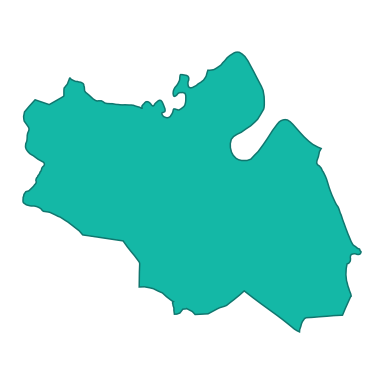 outline of Kota Pangkal Pinang, Bangka-Belitung, Indonesia
{"feature_id": "22746128B92282941938888", "entity_name": "Kota Pangkal Pinang", "entity_type": "district", "adm_level": 2, "iso_a3": "IDN", "parent_name": "Indonesia", "parent_adm1": "Bangka-Belitung", "projection": "robinson", "projection_center": [106.108, -2.109], "detail": "fine", "context": "isolated", "style": "filled", "palette": "teal", "viewbox_px": 384, "rotation_deg": 0, "n_neighbors": 0, "source": "geoboundaries", "source_scale": "gbopen_adm2", "svg_char_len": 5836}
<svg xmlns="http://www.w3.org/2000/svg" viewBox="0 0 384 384"><path d="M139.2,287.0L144.4,286.8L149.8,287.8L153.4,288.7L158.2,291.1L162.4,292.9L166.5,296.7L172.0,300.9L173.4,301.7L172.9,302.0L172.7,302.3L172.6,302.7L172.5,303.0L172.8,303.7L173.1,305.7L173.9,307.9L173.9,310.5L174.4,314.2L176.9,314.1L179.9,313.0L182.8,309.2L186.6,308.8L186.7,308.6L192.3,311.5L195.1,314.5L208.1,313.8L217.4,308.8L219.7,307.7L224.4,306.3L226.6,305.4L229.7,302.9L233.6,299.9L239.5,295.1L244.2,290.9L253.5,298.1L261.0,303.7L277.1,315.4L282.8,319.7L289.7,325.2L294.4,329.1L297.0,330.7L299.5,331.9L299.7,329.5L300.7,326.7L301.5,323.7L302.4,321.6L304.6,318.5L306.3,317.7L312.3,317.4L318.9,316.8L327.4,316.2L333.8,315.6L342.5,315.2L345.2,308.7L350.1,297.8L350.9,296.2L351.2,296.1L350.7,293.8L349.4,290.5L348.7,288.1L348.1,286.6L347.4,284.0L347.4,283.7L346.5,280.6L345.9,274.7L346.2,268.6L347.0,264.1L347.3,263.7L348.5,263.4L349.2,262.7L350.1,261.4L350.4,260.3L350.5,258.5L350.3,258.0L350.5,255.8L351.3,254.5L351.5,254.4L352.4,254.1L353.6,253.8L354.6,253.7L356.1,254.0L357.0,254.4L358.5,254.5L359.8,254.2L360.5,253.3L360.9,252.7L361.0,251.6L360.0,250.6L359.7,249.3L359.2,248.9L357.3,248.3L357.3,248.1L357.5,248.1L357.1,247.9L355.4,246.5L354.2,245.8L352.9,244.7L352.1,243.3L351.1,241.5L350.0,238.8L347.9,233.8L346.7,230.6L345.7,228.0L344.1,223.5L343.8,222.8L342.8,220.1L341.2,215.1L340.2,212.9L339.7,211.3L338.8,208.6L338.3,207.4L337.8,206.5L336.8,205.2L335.9,203.7L334.8,201.5L332.0,195.3L330.5,191.4L329.1,187.5L328.0,183.8L327.2,181.2L326.5,179.0L325.4,176.3L323.3,172.0L322.4,170.8L321.6,168.9L321.0,167.8L320.4,167.2L320.1,166.8L319.3,165.9L318.4,165.4L317.7,164.8L317.3,164.1L316.8,163.6L316.7,163.4L316.9,160.8L318.4,156.6L319.2,152.8L319.2,152.7L319.4,151.7L321.2,148.5L318.0,147.2L312.8,144.4L308.7,141.2L304.1,136.9L300.3,132.8L292.9,124.4L290.1,121.7L287.5,120.0L285.2,119.6L283.1,119.9L281.0,120.7L279.2,121.9L277.2,124.2L272.6,130.4L267.5,138.4L263.4,144.4L258.1,151.6L254.6,155.1L250.8,159.2L247.1,160.5L241.6,160.5L238.5,159.7L236.0,158.3L233.2,155.3L231.5,152.2L230.4,147.8L230.3,143.6L231.3,139.3L233.6,136.5L237.2,134.2L241.2,132.3L246.0,128.9L250.7,125.8L254.8,122.1L257.6,119.3L260.5,114.6L263.7,109.1L264.1,107.2L264.3,104.8L264.3,101.2L264.1,96.5L263.1,90.5L261.4,86.4L256.5,77.1L253.7,71.6L251.1,66.8L248.0,61.0L244.9,56.5L242.1,54.0L239.3,52.3L237.4,52.1L235.6,52.3L234.2,52.8L232.3,54.0L229.9,55.5L227.2,57.7L224.6,60.9L222.7,62.8L221.2,64.8L220.2,65.6L218.3,66.9L216.5,68.1L213.9,69.6L212.3,69.9L209.4,70.3L207.9,70.2L207.2,72.3L206.1,76.3L204.8,78.3L203.5,80.2L202.0,81.3L200.8,82.3L198.1,83.9L196.2,85.6L193.4,87.0L192.5,87.5L191.6,87.7L190.5,87.9L189.4,87.4L188.5,86.7L188.1,85.2L187.9,83.5L188.1,81.4L188.7,80.1L188.8,78.4L188.6,77.3L187.9,76.2L186.5,75.4L182.1,74.6L180.5,74.6L180.1,75.4L179.8,77.5L179.7,79.3L179.4,80.6L178.0,83.5L177.3,84.6L176.6,85.6L175.0,87.4L174.3,88.6L173.4,90.8L173.2,92.2L173.1,93.6L173.4,95.3L173.8,96.1L174.5,96.4L175.5,96.0L176.8,95.0L177.5,94.0L178.6,93.0L180.1,92.6L181.5,92.6L182.8,92.5L183.9,92.9L184.9,93.3L185.4,94.3L185.8,95.9L185.8,98.6L185.8,99.6L185.6,102.1L185.0,104.7L184.0,106.5L182.7,107.5L181.0,108.8L179.2,109.9L177.9,110.0L176.9,109.5L176.1,109.4L175.2,109.0L173.9,108.9L173.4,109.5L173.1,110.7L172.8,112.0L172.2,113.4L171.6,114.4L170.9,115.4L170.4,116.4L169.7,116.9L168.6,117.5L167.1,117.8L165.8,117.5L164.5,117.0L163.5,116.5L162.7,115.5L162.1,114.6L161.8,113.3L162.3,112.6L163.3,112.4L164.8,111.6L165.1,110.6L165.0,108.9L163.3,104.4L162.2,102.0L161.4,101.0L160.9,100.5L160.1,100.3L159.3,100.3L158.1,100.9L155.8,102.9L155.0,103.7L154.5,104.4L154.2,105.2L153.3,105.9L152.5,105.9L151.5,105.0L150.8,104.0L149.9,103.0L149.3,102.5L148.3,101.9L147.6,101.7L146.4,101.7L145.7,101.9L144.6,102.9L144.1,103.6L143.1,104.5L142.6,105.2L142.0,105.9L141.9,107.2L142.1,108.2L141.3,108.3L139.9,107.3L137.3,106.6L135.3,106.0L133.5,105.3L131.1,105.0L128.9,105.0L125.0,104.8L122.3,104.9L120.4,104.8L118.2,104.5L116.0,104.4L114.5,104.1L112.3,103.7L110.7,103.7L107.0,103.5L104.8,103.0L102.9,101.6L101.3,100.8L98.3,100.8L97.1,101.0L95.6,100.5L93.2,99.0L91.4,97.3L89.0,95.1L87.3,93.7L85.7,92.4L84.6,90.9L84.3,86.9L83.9,86.1L83.8,85.0L83.6,84.3L83.1,83.6L82.4,83.1L81.5,82.6L81.1,82.4L80.1,82.1L78.8,82.0L77.2,81.4L76.4,81.5L75.3,81.3L73.9,80.7L71.9,79.7L71.3,79.6L70.8,78.8L70.2,78.1L69.9,78.0L69.7,78.1L69.3,78.9L69.0,79.9L68.3,81.6L67.5,83.8L66.9,84.7L65.6,86.2L64.9,87.2L64.3,87.7L64.0,88.8L63.9,90.8L63.9,93.1L63.9,95.6L63.7,96.2L63.1,96.6L61.3,97.7L49.2,104.6L45.7,103.4L35.1,99.8L29.2,106.3L24.5,111.9L24.3,113.0L23.7,116.0L23.6,116.6L23.8,118.9L24.2,121.1L26.0,123.6L28.3,126.9L28.9,128.2L29.0,129.2L28.8,130.5L27.7,133.1L27.5,133.9L27.2,135.6L27.2,136.5L27.1,138.5L27.0,139.6L26.8,141.0L26.4,142.2L25.8,143.5L25.6,145.0L25.5,147.0L26.1,149.0L27.2,150.7L28.3,152.1L29.9,153.7L32.0,155.0L33.3,155.7L35.0,157.0L38.0,159.2L43.6,162.3L44.2,163.3L44.4,164.3L44.2,165.1L44.0,165.7L43.6,166.0L43.2,166.4L42.8,166.7L42.0,167.8L41.7,168.4L41.4,169.8L40.9,171.1L40.6,171.4L40.1,172.0L39.6,173.5L39.1,174.2L38.7,174.9L38.0,175.6L37.6,176.7L37.2,177.3L36.6,177.9L36.2,178.8L36.0,179.5L35.9,180.6L36.2,181.6L36.3,182.1L36.0,182.9L35.5,183.9L34.8,184.5L33.6,186.2L32.9,186.9L32.2,187.6L29.3,190.4L28.5,191.0L27.4,191.2L25.8,191.7L24.0,194.3L23.8,195.2L23.6,196.4L23.2,197.1L23.1,197.8L23.1,198.9L23.0,199.8L23.0,201.1L23.1,202.0L23.5,202.7L24.1,203.3L24.9,203.8L25.8,204.5L26.9,205.0L28.1,205.3L30.0,205.8L31.4,206.0L32.6,206.0L34.2,206.0L36.4,206.5L37.3,206.8L39.5,207.8L40.5,208.5L41.5,209.3L42.1,210.3L43.4,211.3L44.8,211.5L48.3,212.0L50.0,212.4L51.7,213.2L55.5,215.0L58.0,216.3L60.2,217.1L62.7,218.7L65.1,220.3L68.0,222.1L79.3,230.9L82.7,234.9L123.1,240.9L127.3,246.8L131.1,251.6L134.6,255.8L138.7,261.3L139.4,262.4L139.7,263.7L139.4,272.1L139.2,287.0Z" fill="#14b8a6" stroke="#0f766e" stroke-width="1.5"/></svg>